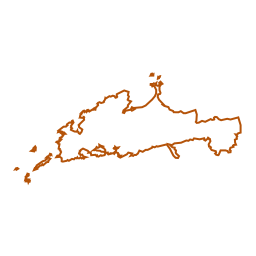 the district of Corca Dhuibhne Lea-3, Kerry, Ireland
{"feature_id": "5873133B90266849375515", "entity_name": "Corca Dhuibhne Lea-3", "entity_type": "district", "adm_level": 2, "iso_a3": "IRL", "parent_name": "Ireland", "parent_adm1": "Kerry", "projection": "albers", "projection_center": [-10.264, 52.188], "detail": "fine", "context": "isolated", "style": "outline", "palette": "amber", "viewbox_px": 256, "rotation_deg": 0, "n_neighbors": 0, "source": "geoboundaries", "source_scale": "gbopen_adm2", "svg_char_len": 5814}
<svg xmlns="http://www.w3.org/2000/svg" viewBox="0 0 256 256"><path d="M238.3,117.4L230.5,119.5L227.2,118.8L221.1,120.2L218.8,119.2L216.8,117.1L215.0,116.9L214.0,117.7L214.3,119.3L214.0,119.6L212.1,119.9L210.7,119.1L205.2,121.8L202.0,120.9L198.9,122.6L196.7,122.9L195.8,121.9L196.4,120.6L196.8,114.5L195.4,110.0L185.7,113.2L183.6,113.2L180.8,111.2L178.4,112.3L173.7,112.2L173.1,111.0L169.6,109.6L168.4,107.1L164.3,105.9L162.4,104.5L162.9,104.1L164.9,105.9L159.0,99.7L157.7,96.9L158.1,94.4L160.1,93.9L160.5,92.9L159.5,90.1L159.5,86.8L160.9,84.6L162.4,83.8L160.5,81.7L159.2,82.9L160.1,83.8L159.9,84.6L157.7,85.8L155.8,85.0L156.2,83.1L155.0,84.1L153.9,83.3L153.0,84.0L150.7,84.0L150.6,84.9L151.8,85.2L152.3,86.4L153.5,85.8L154.4,86.2L156.2,89.9L156.1,93.5L154.9,96.2L152.2,99.5L145.7,105.5L142.1,107.2L133.4,108.0L131.9,107.2L131.4,108.2L132.8,108.0L134.6,109.1L132.2,110.6L132.3,111.3L131.4,110.0L130.1,109.8L125.5,110.8L124.2,113.0L122.9,112.6L123.5,110.4L127.9,106.8L127.9,105.2L131.0,101.4L127.7,100.1L127.4,100.5L128.9,96.5L127.9,95.2L128.6,91.9L124.2,90.5L116.8,94.2L116.7,95.5L117.2,96.8L116.7,97.4L115.5,97.7L114.5,96.2L112.8,95.7L110.7,96.6L109.4,96.2L105.6,98.6L105.3,98.2L104.9,99.8L103.8,101.3L104.0,101.9L103.3,102.4L101.1,103.0L99.6,102.2L98.1,102.8L97.4,103.6L97.8,103.7L98.1,105.2L95.8,107.7L95.4,109.6L94.2,109.0L94.3,110.4L93.6,109.2L93.2,109.4L93.4,108.9L89.5,111.4L89.3,110.7L88.2,111.0L88.0,109.9L87.2,110.0L86.4,112.1L85.2,111.2L84.5,111.9L84.2,110.7L83.4,110.8L82.1,112.1L82.5,112.0L81.3,114.3L80.4,114.8L80.0,116.6L80.5,117.2L80.1,117.6L82.9,117.9L84.0,117.1L84.7,117.9L83.8,117.3L84.1,119.8L78.9,124.8L79.3,125.0L78.9,125.9L79.1,127.2L82.3,129.5L81.6,131.8L80.1,133.7L80.6,134.3L78.7,133.2L78.5,132.1L77.4,131.5L77.3,130.7L76.7,131.7L74.5,131.5L70.9,129.8L71.1,128.9L72.0,128.2L70.9,127.2L71.3,126.3L71.1,125.7L73.5,122.5L72.7,120.6L72.0,120.9L71.1,122.7L69.4,122.5L67.0,124.3L66.7,125.3L67.2,125.5L66.0,126.6L63.5,126.7L58.1,130.9L58.5,131.4L58.2,132.1L60.9,131.3L62.1,131.7L61.6,132.5L62.3,132.3L61.6,132.7L62.2,132.9L60.9,134.0L64.1,132.5L65.4,133.8L63.3,134.0L62.7,135.2L63.2,135.4L62.2,136.8L60.4,137.6L60.9,138.0L59.7,139.0L60.1,139.2L59.8,139.9L60.9,139.9L59.2,141.7L58.8,141.1L56.8,141.7L57.0,142.1L56.7,142.3L58.1,143.0L58.2,143.7L59.5,144.2L58.6,148.6L59.7,148.9L59.5,149.7L60.5,150.4L60.1,151.6L60.5,151.1L61.1,152.0L59.6,155.3L57.3,155.7L56.3,157.2L59.9,156.8L61.7,158.2L61.7,161.3L62.8,161.6L66.7,160.8L67.6,160.0L68.9,160.8L72.0,158.9L74.0,159.3L75.2,158.0L76.5,158.3L77.2,157.5L77.4,158.2L79.3,158.3L80.6,157.3L81.6,158.4L82.6,158.0L83.8,158.7L84.6,157.6L86.0,157.2L83.3,156.4L82.2,154.6L80.4,155.0L79.5,152.9L79.3,154.4L79.0,153.3L81.0,149.8L83.0,148.6L87.8,150.8L88.8,151.9L88.4,152.7L90.6,152.4L90.3,153.0L91.0,153.8L91.2,155.2L95.6,154.8L96.6,156.1L97.1,155.6L97.3,156.3L98.5,156.6L100.9,155.2L101.7,155.8L104.6,155.1L105.4,153.3L104.1,151.8L101.3,151.7L100.2,150.8L96.6,150.5L95.4,149.7L94.5,150.2L94.0,150.0L93.9,150.1L93.6,150.1L95.9,148.3L96.6,147.0L97.8,147.9L99.5,147.0L99.3,144.8L101.4,146.1L101.3,146.8L101.9,147.1L101.6,146.2L102.2,146.3L102.2,146.9L102.3,146.2L102.9,146.4L102.5,146.7L102.8,146.9L102.6,147.7L104.0,148.3L105.3,150.1L105.1,151.6L105.9,152.6L107.8,152.6L107.6,153.7L108.3,154.4L110.7,153.2L111.4,153.3L111.1,153.7L113.4,153.1L114.2,153.9L114.6,153.4L114.1,152.6L115.9,151.0L115.9,150.1L115.7,148.9L114.3,148.9L113.7,148.4L113.9,148.0L115.0,147.7L115.1,146.7L116.4,147.8L117.9,147.7L118.2,146.9L118.1,147.6L118.5,147.5L118.1,148.1L116.5,148.8L115.6,152.3L117.9,152.9L118.1,154.5L118.7,154.5L118.2,155.8L120.4,155.7L119.2,157.0L120.3,157.6L126.9,154.3L128.3,152.6L132.2,153.5L130.7,155.7L131.9,155.3L133.1,155.9L134.3,154.9L136.0,155.0L137.9,153.5L139.4,150.6L142.7,151.8L145.6,149.9L147.6,149.9L152.1,147.7L152.4,146.7L154.7,147.3L156.7,146.2L157.7,146.6L166.7,144.4L169.9,148.8L173.4,155.6L175.6,157.8L178.0,158.0L179.0,156.1L176.1,153.5L175.7,152.4L176.0,150.4L174.6,149.4L174.7,147.7L172.4,147.3L169.5,144.5L172.0,145.1L174.4,143.4L181.1,142.7L186.3,140.5L188.5,140.8L190.1,139.5L192.8,140.1L194.0,138.4L199.6,139.3L203.8,138.4L203.6,137.6L204.4,138.5L204.2,139.9L205.4,140.6L207.6,138.7L208.4,136.8L208.0,138.2L208.9,137.4L208.5,138.1L209.1,139.2L209.9,139.1L210.4,141.2L208.7,144.3L209.0,146.5L210.0,146.5L210.9,147.3L210.3,148.2L211.6,150.0L215.8,151.2L216.1,152.7L215.1,153.5L216.1,154.7L218.1,155.2L218.7,154.8L220.6,150.4L225.5,150.4L227.5,151.0L228.4,152.5L230.5,152.2L230.7,150.7L229.7,149.9L230.4,147.8L233.5,146.8L233.0,145.6L233.7,145.0L236.0,144.7L235.1,142.6L234.9,139.7L236.9,138.8L236.6,137.3L237.2,136.5L235.6,134.4L237.3,134.5L238.1,133.3L240.6,132.6L240.6,125.1L238.3,117.4ZM42.6,161.3L36.7,165.4L36.5,166.4L35.9,166.7L35.6,167.9L34.8,168.0L33.9,170.1L37.5,168.8L37.4,168.0L40.3,165.4L41.6,165.4L42.4,164.2L43.3,165.1L46.6,162.2L48.2,162.0L48.7,160.4L50.3,158.7L49.0,158.1L48.1,156.3L47.5,156.4L47.0,156.9L47.4,156.8L47.0,157.0L46.9,157.6L47.3,157.2L46.8,159.1L46.4,158.9L45.3,160.4L42.6,161.3ZM33.5,149.2L31.2,150.9L34.2,151.4L34.6,150.2L35.6,150.3L35.8,147.4L35.2,146.4L34.4,147.2L34.9,147.5L33.3,148.4L33.5,149.2ZM26.7,179.3L26.3,178.5L25.6,178.5L25.2,180.0L26.0,179.7L26.0,180.3L26.4,180.3L26.0,180.6L26.4,180.5L26.0,181.4L28.2,181.4L28.4,182.3L28.8,181.5L29.6,181.7L29.9,180.8L28.8,179.9L29.1,179.5L26.7,179.3ZM26.7,175.8L25.6,176.7L25.7,177.6L28.7,175.5L28.7,174.0L27.6,173.7L27.5,174.9L26.9,174.8L26.7,175.8ZM17.4,168.0L16.0,168.3L15.4,169.2L16.1,169.0L16.5,169.7L18.2,168.7L17.4,168.0ZM157.9,78.6L159.0,78.2L159.1,77.1L158.2,76.8L157.9,78.6ZM50.0,153.8L49.6,154.8L50.1,155.4L50.8,154.5L51.3,154.8L51.2,154.2L50.0,153.8ZM151.8,75.6L153.3,75.6L153.4,74.5L151.8,75.6ZM150.9,74.7L151.9,74.1L152.0,73.7L151.3,73.8L150.9,74.7ZM159.1,76.5L159.9,76.7L160.0,76.3L159.1,76.5Z" fill="none" stroke="#b45309" stroke-width="2"/></svg>